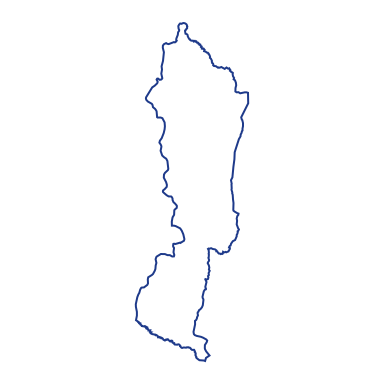 Mwense, Luapula, Zambia (Mercator projection)
{"feature_id": "96606910B65361757033996", "entity_name": "Mwense", "entity_type": "district", "adm_level": 2, "iso_a3": "ZMB", "parent_name": "Zambia", "parent_adm1": "Luapula", "projection": "mercator", "projection_center": [28.717, -10.52], "detail": "fine", "context": "isolated", "style": "outline", "palette": "blue", "viewbox_px": 384, "rotation_deg": 0, "n_neighbors": 0, "source": "geoboundaries", "source_scale": "gbopen_adm2", "svg_char_len": 5941}
<svg xmlns="http://www.w3.org/2000/svg" viewBox="0 0 384 384"><path d="M230.2,69.9L229.7,69.7L229.6,68.8L229.2,68.3L228.8,68.6L228.0,68.6L226.5,67.5L224.7,68.9L221.3,67.0L219.6,67.7L218.3,67.4L218.0,67.7L215.9,66.2L214.0,66.0L213.5,65.6L213.2,65.3L213.4,64.9L213.1,63.7L212.1,62.9L212.2,62.3L211.8,61.8L211.9,60.7L210.9,58.7L209.9,57.8L210.1,56.9L209.6,55.2L209.2,54.9L208.8,53.9L208.3,53.7L208.3,53.2L207.8,52.7L206.8,52.6L205.6,51.6L204.1,51.2L204.3,50.5L204.0,50.6L204.3,50.3L204.1,49.2L203.7,48.7L203.2,48.8L203.1,48.5L201.9,48.6L201.9,48.0L201.3,47.4L201.7,47.2L201.7,46.5L200.7,45.9L200.4,44.9L200.1,45.1L199.3,44.7L199.2,44.0L198.6,43.8L198.7,43.4L198.1,42.7L197.2,42.8L196.9,42.1L196.1,41.9L196.1,41.5L195.8,41.6L195.2,41.3L195.0,40.9L194.6,40.9L194.4,41.3L193.7,41.0L193.5,41.3L193.0,40.7L191.3,40.7L190.5,40.2L190.1,39.5L189.8,39.6L189.0,38.7L187.8,36.4L187.6,35.0L186.9,34.2L185.5,33.7L185.0,30.8L185.2,30.3L185.8,30.0L186.4,28.8L186.9,28.6L187.2,28.0L187.0,26.7L187.3,26.4L186.6,24.5L185.4,23.5L183.8,23.0L182.4,23.3L181.7,23.8L180.1,23.5L179.1,24.6L178.3,26.1L178.6,28.7L179.2,29.9L179.1,30.8L178.1,32.3L177.8,34.9L176.4,38.4L176.2,39.9L176.6,40.5L176.3,40.7L176.3,41.4L174.9,42.4L173.9,42.1L168.7,44.1L167.2,43.8L166.1,43.1L163.9,44.2L162.9,45.6L162.8,47.8L163.9,52.2L163.0,60.9L161.6,66.3L162.0,69.6L161.3,73.7L162.3,78.2L162.1,78.7L161.1,79.6L159.6,79.8L158.1,78.6L157.3,78.6L157.0,78.9L156.6,79.6L157.7,81.8L157.2,83.3L154.7,85.7L152.2,87.4L146.1,97.3L145.9,98.2L146.2,99.7L147.8,101.5L151.8,103.8L152.5,104.9L153.0,107.2L155.1,108.9L156.2,110.5L156.6,111.4L157.1,117.2L157.5,117.5L160.6,117.5L162.4,118.2L164.6,122.4L164.9,126.3L164.6,129.3L163.7,133.1L161.7,138.2L159.9,140.7L159.4,142.7L160.7,144.5L161.3,145.9L161.4,146.8L160.6,150.8L162.2,155.5L164.0,157.2L166.2,158.7L167.4,161.0L168.3,168.9L167.9,170.1L165.0,172.8L164.0,174.5L163.8,177.7L166.1,182.1L166.9,184.9L166.8,186.1L166.7,186.9L164.7,189.1L163.1,190.4L162.9,191.4L163.0,192.0L163.6,192.6L166.6,195.2L168.6,196.4L171.2,196.5L171.8,197.1L172.5,198.4L172.6,200.1L173.5,202.2L175.0,203.5L176.7,205.5L176.9,206.1L176.7,207.9L174.6,209.7L174.3,210.4L174.1,214.8L172.6,217.3L172.4,218.2L171.8,221.6L171.9,225.7L174.1,225.7L175.7,226.1L180.2,228.4L181.8,230.8L183.3,234.3L184.4,239.1L184.0,240.7L180.5,242.9L180.2,242.6L175.4,244.0L174.0,243.7L173.3,244.0L173.1,245.7L173.2,246.7L173.9,247.6L174.0,248.2L173.5,252.2L174.3,255.0L173.9,256.4L172.2,256.5L169.8,255.1L167.4,255.1L165.0,254.1L160.9,254.0L156.8,256.5L156.3,257.1L155.6,259.2L156.4,262.9L155.7,265.4L155.4,269.0L154.7,270.9L153.0,274.0L151.9,275.0L148.2,277.3L147.8,279.3L148.0,283.4L147.3,284.9L144.0,287.4L141.6,287.6L141.1,288.0L140.2,289.6L139.3,292.8L138.3,294.6L137.3,297.2L135.8,304.2L135.9,306.8L136.9,311.9L136.9,315.7L136.0,320.2L138.6,322.0L138.4,322.3L139.1,322.8L139.1,323.2L140.3,323.3L140.2,324.1L140.5,324.2L140.5,324.5L140.9,324.6L141.2,325.3L142.2,325.8L142.1,326.1L143.5,326.4L144.7,326.1L145.2,327.0L145.8,327.1L146.0,326.7L147.1,327.3L146.6,328.1L147.5,328.2L147.6,328.5L147.2,328.9L148.2,329.3L148.4,330.5L150.3,330.3L149.9,331.9L151.1,332.2L150.4,332.7L150.5,333.2L152.2,334.1L155.0,334.6L155.3,335.0L155.6,334.7L156.1,334.9L156.2,335.2L156.7,335.2L157.5,335.9L157.9,337.0L158.3,336.7L158.6,337.1L159.2,337.0L159.2,337.5L159.5,337.6L160.2,337.3L161.1,338.2L161.5,337.7L161.9,337.9L162.7,338.5L163.4,339.7L164.9,340.5L165.5,339.7L166.4,339.9L167.1,339.2L168.1,339.4L168.4,340.2L169.5,340.7L170.0,341.4L170.8,341.5L171.1,340.7L171.8,340.6L172.1,340.8L172.1,341.4L172.5,341.5L172.6,342.6L173.7,343.3L174.2,343.2L174.3,344.1L174.7,344.5L177.3,344.7L178.1,344.3L178.9,344.4L179.9,345.3L180.0,346.1L180.5,346.2L180.8,347.1L181.6,347.8L182.4,347.9L183.3,347.5L184.5,347.5L186.1,347.7L186.9,347.3L187.5,347.4L188.1,347.2L189.1,347.7L189.7,347.6L190.7,348.4L191.0,349.1L192.1,349.9L194.1,349.8L194.6,350.7L194.7,352.0L195.0,352.3L195.2,352.2L195.7,353.5L195.4,354.1L195.7,354.8L195.5,355.4L196.4,357.0L196.2,357.5L196.6,358.1L199.4,360.2L203.7,360.5L205.1,361.0L206.0,357.9L209.5,355.5L206.1,351.3L205.0,349.1L204.8,348.1L204.9,345.0L206.7,342.2L207.2,340.6L206.3,339.5L203.1,337.7L200.9,336.8L196.7,335.9L194.8,335.1L193.9,334.1L193.5,331.9L195.1,324.3L195.0,320.9L196.2,319.9L196.9,318.4L197.0,317.4L198.0,315.3L197.6,313.5L197.7,312.4L198.5,311.6L198.9,310.3L200.4,309.2L201.9,307.4L202.8,305.3L203.4,300.3L203.4,299.3L202.7,298.0L202.5,296.8L203.8,291.3L204.9,289.6L205.9,289.3L206.0,288.9L205.3,286.9L206.5,282.0L205.3,279.3L205.4,279.1L206.7,279.5L207.9,279.1L208.4,277.6L208.0,276.1L208.9,275.0L208.6,273.1L209.7,270.8L208.9,269.7L209.3,267.6L208.9,265.5L207.7,263.1L208.2,261.9L208.8,261.2L209.1,260.0L208.4,257.8L208.7,257.4L208.9,254.6L208.6,253.8L208.9,253.0L208.7,250.3L208.0,248.9L208.6,248.5L209.5,248.7L211.1,248.2L212.8,249.0L215.1,249.4L216.3,250.3L216.3,251.3L217.3,251.4L217.9,252.6L219.0,253.6L219.8,253.5L220.7,254.1L221.4,253.7L222.1,254.0L222.8,253.6L223.1,251.8L224.1,252.4L224.8,252.3L225.4,251.9L226.4,252.3L227.8,251.6L228.4,251.5L229.9,248.8L229.8,247.8L229.0,247.5L229.3,246.7L229.8,245.9L230.6,245.5L231.0,243.8L232.8,241.2L235.1,240.0L236.7,236.3L236.7,234.9L237.4,233.7L237.8,231.9L237.6,231.3L238.3,230.7L238.9,229.4L238.1,228.2L236.7,224.4L237.1,220.8L236.7,218.5L237.3,216.1L238.3,214.9L238.5,213.6L237.3,213.2L234.8,211.7L233.5,210.7L233.3,210.0L233.5,203.0L233.0,199.3L232.7,194.7L232.2,193.3L232.3,192.4L231.5,189.7L231.7,188.4L231.5,184.3L231.7,183.8L231.0,180.2L232.4,177.4L233.4,166.9L234.4,159.3L234.7,152.2L238.9,139.1L240.5,136.4L240.7,134.5L241.6,132.8L241.9,131.2L242.5,130.6L242.5,128.7L243.0,126.2L243.0,123.1L242.3,120.1L241.8,119.6L241.2,117.3L248.2,103.3L248.0,92.8L246.4,92.3L244.9,92.3L240.2,93.3L238.5,92.2L236.6,92.3L235.4,91.5L235.5,88.0L236.2,85.3L235.9,82.7L235.0,80.3L233.6,79.3L234.1,78.0L233.0,76.2L232.6,73.9L232.9,73.0L232.3,72.4L231.2,72.0L230.7,71.1L230.0,70.8L230.2,69.9Z" fill="none" stroke="#1e3a8a" stroke-width="2"/></svg>